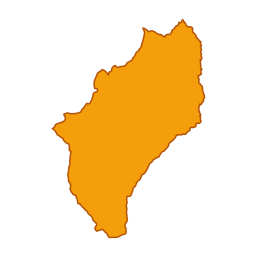 Fómeque, Cundinamarca, Colombia, rotated 182°
{"feature_id": "7082276B76169675802972", "entity_name": "Fómeque", "entity_type": "district", "adm_level": 2, "iso_a3": "COL", "parent_name": "Colombia", "parent_adm1": "Cundinamarca", "projection": "natural_earth1", "projection_center": [-73.835, 4.535], "detail": "fine", "context": "isolated", "style": "filled", "palette": "amber", "viewbox_px": 256, "rotation_deg": 182, "n_neighbors": 0, "source": "geoboundaries", "source_scale": "gbopen_adm2", "svg_char_len": 5795}
<svg xmlns="http://www.w3.org/2000/svg" viewBox="0 0 256 256"><g transform="rotate(182 128 128)"><path d="M126.3,23.3L126.5,26.2L126.5,27.8L127.5,29.2L127.5,30.0L127.7,30.5L127.3,32.0L126.8,33.1L125.8,34.5L125.7,35.7L125.4,36.2L125.8,38.4L126.1,39.6L126.0,40.9L126.6,43.0L126.4,46.5L126.5,48.3L127.0,49.4L126.8,51.5L126.4,52.6L126.3,53.5L126.8,55.8L126.8,59.4L126.5,59.6L125.1,59.6L123.6,60.0L123.1,60.4L122.2,61.8L121.7,64.1L121.1,65.1L120.9,67.7L120.6,68.2L120.3,68.7L119.0,69.7L118.6,70.3L118.2,71.1L117.8,72.9L117.0,73.9L116.6,75.1L114.7,76.5L114.1,77.3L113.6,78.8L112.8,80.3L112.6,81.8L111.2,82.3L110.9,82.3L109.1,84.4L107.0,88.4L105.1,93.3L104.4,93.8L103.4,94.4L102.8,95.1L102.2,96.5L101.4,97.3L98.4,99.2L96.1,100.3L94.7,103.1L93.7,104.8L93.0,105.4L91.1,106.3L90.6,106.8L90.0,107.8L88.8,109.0L87.1,111.2L86.7,112.6L86.4,114.2L85.9,114.5L85.7,114.9L84.6,115.6L82.2,117.8L80.5,119.8L80.1,120.5L80.0,121.2L79.7,121.9L79.0,122.2L78.6,122.6L78.1,122.5L77.4,123.0L75.7,123.1L74.8,122.9L72.5,123.8L71.8,124.0L71.7,123.7L70.9,123.7L69.6,124.2L69.0,125.6L66.2,127.7L65.7,130.2L65.1,130.9L64.7,131.0L63.7,130.6L63.4,130.6L63.1,130.9L62.7,131.1L61.8,131.0L60.5,131.9L60.4,132.2L60.1,132.3L60.3,133.6L60.0,134.5L59.5,135.0L59.1,135.3L58.4,135.0L56.9,135.2L56.3,135.5L55.4,136.7L55.5,137.0L55.4,137.9L55.9,138.6L56.0,139.0L55.9,139.5L56.0,141.6L56.2,142.0L56.6,142.3L56.6,142.6L55.9,143.3L55.8,143.8L56.0,144.3L56.8,145.0L57.0,145.5L57.1,147.1L57.9,147.9L57.8,149.7L58.1,151.1L58.0,151.4L57.4,152.3L57.3,152.9L57.1,153.0L57.4,153.6L57.4,154.0L57.1,154.4L56.2,154.2L55.5,154.3L55.2,154.8L55.1,155.7L54.0,156.7L53.8,157.4L53.5,157.6L53.4,158.2L53.7,159.5L53.4,160.0L52.9,160.3L52.6,161.6L52.7,162.3L52.9,162.9L52.9,163.5L53.8,165.1L53.9,166.0L54.3,166.6L54.7,167.8L54.8,169.6L55.0,170.3L55.2,172.1L55.5,172.4L56.1,172.7L57.0,174.2L58.5,175.3L58.8,175.8L59.0,176.3L58.7,177.7L58.7,179.3L58.9,179.8L59.6,180.5L59.5,181.6L59.6,182.3L59.5,182.8L59.2,183.0L58.4,182.9L58.0,183.4L57.2,183.9L56.5,184.9L56.8,185.1L57.1,186.3L57.3,187.9L57.1,188.5L56.9,188.7L56.5,188.7L56.3,189.3L56.5,189.9L56.7,190.1L57.3,190.4L57.6,191.0L57.6,192.1L57.3,193.1L57.8,194.0L57.9,194.6L57.7,195.4L58.2,198.0L58.2,198.4L58.0,198.7L57.3,198.6L56.7,200.3L56.6,200.8L56.9,201.5L57.5,202.3L57.5,202.6L57.2,203.4L57.2,204.2L57.4,205.0L58.2,206.3L58.1,207.0L57.4,208.1L57.3,208.5L57.7,209.8L58.3,210.8L58.5,211.5L58.3,211.8L57.7,212.0L57.5,212.4L57.7,213.4L58.5,214.8L58.4,216.1L58.2,216.4L58.3,216.8L58.7,216.9L59.1,217.3L59.5,217.4L59.8,217.6L60.5,218.7L62.1,220.5L62.7,220.6L63.1,221.6L63.1,222.4L63.3,223.0L64.1,223.5L64.8,224.6L66.6,226.2L67.0,228.5L66.8,229.2L67.2,230.4L68.4,231.1L69.3,231.1L69.5,231.3L69.9,231.3L71.5,231.2L72.3,231.6L73.8,233.4L73.9,233.9L75.1,235.6L75.5,235.2L75.9,236.3L77.1,238.1L78.3,236.7L78.5,235.7L79.2,235.0L79.6,234.8L80.7,235.3L80.9,234.3L81.4,233.2L81.4,232.7L81.7,232.3L82.0,232.1L83.1,231.9L83.5,231.4L84.0,231.2L84.4,230.1L84.9,229.6L85.6,228.5L87.3,227.2L87.6,226.4L87.4,225.8L88.1,225.0L88.6,223.6L90.5,222.8L91.5,223.0L93.0,222.5L93.6,222.1L93.8,220.7L94.1,220.3L95.1,220.6L95.8,221.1L96.8,221.5L97.9,222.3L98.6,222.6L99.7,222.6L100.1,222.4L100.4,222.5L102.5,223.7L103.3,224.0L104.6,225.0L107.1,225.9L108.4,225.9L110.6,225.1L110.9,225.1L112.9,226.8L114.9,228.1L116.6,228.2L115.2,225.5L114.8,224.0L115.3,219.4L115.9,217.6L116.0,216.3L116.2,215.4L116.9,213.4L117.7,209.3L118.3,208.4L119.4,207.4L119.8,206.3L120.3,205.5L121.7,204.4L122.8,203.0L123.3,201.4L124.0,199.8L124.3,199.4L125.6,198.3L126.2,196.2L126.7,195.7L127.6,195.2L130.8,193.4L131.3,192.9L132.4,190.6L134.0,189.7L135.2,189.4L138.3,189.0L139.5,188.4L140.8,188.0L141.7,188.8L142.0,189.3L142.8,189.7L143.4,189.9L144.2,189.5L146.0,187.5L146.3,186.2L146.3,185.2L146.5,184.5L147.4,183.9L148.7,183.3L149.0,182.8L149.5,180.6L152.6,184.0L154.4,185.0L155.9,185.5L157.2,184.0L158.4,183.3L159.9,182.2L160.5,181.3L163.2,173.9L163.4,171.6L163.2,168.6L162.9,167.1L162.7,166.5L162.3,166.3L160.6,166.2L160.1,166.0L159.8,165.5L159.8,164.4L160.1,163.5L160.4,163.2L162.1,162.6L163.5,161.8L164.1,160.0L164.6,156.8L165.4,154.6L166.9,151.5L168.4,150.7L169.3,150.8L170.1,151.2L170.3,151.1L171.2,149.2L172.3,148.2L172.8,146.8L173.2,146.3L174.2,145.5L175.0,144.3L175.3,143.9L175.5,142.6L176.4,142.0L178.2,141.3L182.2,140.4L185.3,140.3L186.7,140.4L188.8,140.9L189.5,140.9L192.5,139.5L192.6,139.1L192.5,138.8L191.3,137.1L190.9,136.0L191.1,134.2L191.6,133.4L192.9,132.0L199.8,129.4L200.8,128.4L201.2,126.9L201.6,126.4L202.4,125.8L202.8,125.2L203.4,124.7L202.7,124.1L201.6,123.5L200.6,122.4L199.5,120.8L198.4,118.8L197.6,118.3L196.2,117.6L195.5,116.9L193.4,115.8L192.7,115.2L191.9,113.5L190.8,112.3L188.5,110.5L188.1,110.3L187.1,110.3L186.4,109.6L185.8,106.3L186.0,104.7L186.0,103.9L185.5,103.3L184.4,102.7L184.2,102.5L184.2,102.0L184.7,98.1L184.8,96.2L184.7,95.0L185.0,94.0L185.1,93.0L185.0,91.8L184.6,90.6L184.6,89.9L185.8,86.7L185.7,85.1L185.9,84.4L186.0,82.2L186.1,81.5L186.5,80.6L186.6,79.8L185.8,75.8L185.5,72.8L185.0,71.9L184.5,71.6L184.2,71.2L184.1,70.6L183.2,68.7L183.4,68.0L183.3,67.6L183.7,65.6L183.7,64.7L182.9,63.4L182.5,62.2L181.4,61.0L180.7,59.8L179.9,59.4L178.0,58.9L177.7,58.4L177.6,57.7L177.2,57.1L176.9,56.1L176.1,54.5L175.9,52.5L175.3,50.7L175.0,50.6L174.2,50.9L173.3,50.5L173.1,50.2L173.1,49.7L172.6,49.5L172.2,49.2L171.2,48.0L169.4,46.3L168.8,45.6L166.8,43.8L165.7,43.2L164.9,41.2L161.7,38.6L160.6,37.4L159.6,34.4L157.4,32.6L155.9,30.9L155.9,30.6L156.2,29.6L157.2,27.7L157.5,26.7L157.4,25.9L156.2,24.2L155.9,23.9L155.5,23.9L153.8,24.5L152.1,25.0L151.0,25.5L150.2,25.6L149.4,25.4L148.8,25.0L147.8,23.6L145.5,22.0L145.0,21.3L144.5,19.9L143.8,18.9L143.2,18.2L142.3,17.9L139.9,18.2L137.2,18.2L134.3,18.7L133.4,19.1L130.6,20.9L129.5,21.3L128.3,21.5L127.3,22.0L126.7,22.4L126.3,23.3Z" fill="#f59e0b" stroke="#b45309" stroke-width="1.5"/></g></svg>